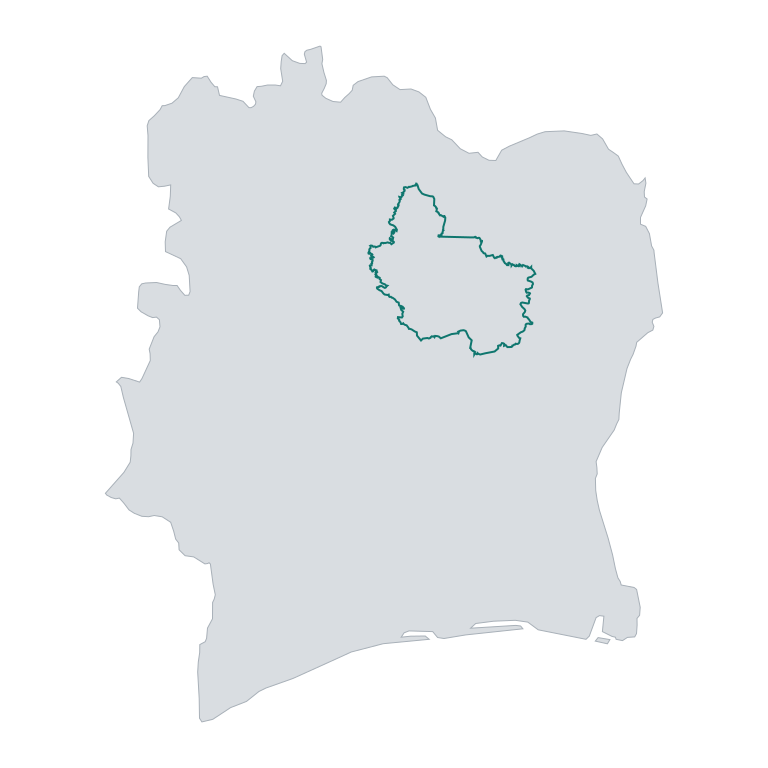 Hambol, Vallée du Bandama, Ivory Coast (highlighted)
{"feature_id": "98640826B80955316471767", "entity_name": "Hambol", "entity_type": "district", "adm_level": 2, "iso_a3": "CIV", "parent_name": "Ivory Coast", "parent_adm1": "Vallée du Bandama", "projection": "natural_earth1", "projection_center": [-4.861, 8.622], "detail": "fine", "context": "in_parent", "style": "outline", "palette": "teal", "viewbox_px": 768, "rotation_deg": 0, "n_neighbors": 0, "source": "geoboundaries", "source_scale": "gbopen_adm2", "svg_char_len": 9663}
<svg xmlns="http://www.w3.org/2000/svg" viewBox="0 0 768 768"><path d="M162.2,105.7L164.9,105.6L172.0,103.2L178.3,97.8L184.3,86.6L192.3,77.6L201.4,78.2L204.0,76.6L207.2,76.2L211.0,82.2L214.8,86.7L217.5,86.8L219.5,95.4L235.9,99.0L243.0,101.3L248.9,107.6L251.0,107.7L253.5,106.4L255.5,104.2L255.9,101.8L253.3,96.2L254.4,91.1L257.1,86.6L261.3,86.3L267.7,85.0L275.1,85.0L280.5,85.8L282.7,81.3L280.7,68.6L281.2,61.6L282.1,55.7L284.2,53.3L292.3,60.7L299.8,63.4L305.1,63.6L306.6,62.2L304.3,54.1L305.0,51.6L306.9,50.2L310.5,49.4L320.0,46.1L321.0,46.7L322.7,59.5L321.9,63.7L323.9,72.4L326.4,80.4L326.2,83.7L324.1,88.7L321.7,93.3L322.0,95.2L325.8,98.3L333.0,101.5L340.6,102.2L344.8,97.5L349.1,93.7L352.2,90.3L353.2,85.3L358.0,81.6L371.6,76.9L384.2,76.2L387.2,77.7L392.8,84.8L400.0,89.6L411.0,89.0L418.9,91.9L425.8,97.3L430.4,109.3L435.4,118.0L437.6,130.3L445.6,136.8L451.8,139.8L460.2,148.7L469.0,153.3L478.0,152.3L482.3,157.0L489.0,160.3L495.8,160.5L501.7,150.2L509.5,146.1L529.4,137.8L537.2,134.1L545.1,131.7L564.2,130.9L582.0,133.5L590.8,135.4L596.9,134.0L602.6,138.9L608.5,149.2L613.4,152.5L618.3,156.1L622.0,164.2L626.3,172.3L628.7,175.9L634.0,183.8L638.6,184.0L643.1,180.5L645.1,177.9L645.9,183.2L644.2,191.7L644.5,197.0L647.1,199.0L645.7,205.8L640.5,217.4L640.5,224.2L645.7,226.4L649.4,233.6L651.6,246.0L653.9,250.2L654.1,252.7L657.9,282.8L662.6,312.9L659.7,316.9L655.6,318.0L652.9,319.4L652.2,322.2L653.9,326.4L652.8,330.1L647.8,332.7L636.7,342.3L636.0,346.1L633.1,354.3L630.6,359.3L627.0,368.5L621.3,392.9L619.2,413.2L618.9,419.4L616.7,423.8L614.2,430.0L602.2,447.4L596.1,461.6L596.9,467.7L597.2,473.9L595.4,478.4L595.7,490.4L597.2,500.4L599.4,510.2L608.1,538.1L612.6,555.0L615.4,568.6L617.9,577.8L620.2,581.5L621.2,585.0L634.1,587.5L636.6,589.5L640.2,607.3L639.6,615.3L637.0,618.4L637.1,625.2L636.5,633.6L634.7,636.9L627.4,637.4L622.5,640.6L616.1,639.3L615.4,637.2L612.0,636.4L602.4,631.6L603.9,616.2L599.5,615.6L596.1,617.6L589.3,636.1L586.0,639.3L538.2,629.8L527.8,622.1L515.3,620.3L493.6,621.2L475.7,623.5L470.6,628.2L515.8,625.4L520.6,626.0L522.9,628.8L465.8,634.9L444.0,638.5L437.6,637.5L432.7,631.6L409.0,630.9L404.1,632.8L401.2,637.2L410.5,636.2L425.2,636.0L429.2,639.3L383.2,643.7L351.2,652.0L337.7,658.2L293.1,678.4L266.0,688.0L258.9,691.5L246.5,701.4L230.6,707.6L212.8,719.3L201.9,721.9L199.5,718.2L199.2,698.5L197.7,672.1L198.3,662.0L199.7,652.5L199.8,644.6L205.2,641.7L206.6,638.3L207.5,628.1L212.5,618.8L212.6,602.5L214.2,599.1L215.3,594.8L213.1,584.1L210.4,564.0L209.0,562.7L207.8,563.5L204.9,563.9L193.7,556.9L185.1,555.7L179.1,549.8L178.7,543.0L175.7,539.1L173.7,531.2L170.7,522.3L162.2,516.8L154.2,515.5L148.6,516.7L141.9,516.3L134.3,513.3L129.0,509.9L124.0,503.3L119.4,498.1L115.7,498.8L111.2,497.5L106.8,495.1L105.4,493.3L123.9,472.4L130.2,462.2L130.9,455.9L131.0,449.6L133.0,443.1L133.6,433.3L123.4,397.5L120.8,386.4L118.1,383.1L116.3,381.9L121.5,377.3L128.6,378.5L139.6,382.1L142.0,378.5L150.3,360.5L150.1,353.7L149.2,349.1L154.1,336.7L158.0,331.9L160.0,326.8L159.4,319.7L156.5,317.1L152.6,317.6L148.1,315.8L141.1,311.8L137.5,308.2L138.7,291.8L139.3,286.8L141.8,283.8L145.7,283.0L156.5,282.5L165.2,284.4L172.9,285.5L177.1,285.5L180.4,290.3L184.8,295.3L188.7,295.2L190.1,291.6L189.2,275.4L186.6,266.9L180.7,258.7L165.5,251.6L165.2,241.8L166.7,231.2L170.0,227.2L181.4,220.4L179.4,216.8L175.8,212.9L168.6,209.0L170.3,196.3L170.7,184.9L164.6,186.2L158.4,186.8L153.1,183.3L148.7,176.4L147.9,157.4L148.0,135.5L147.2,125.8L148.9,120.6L154.3,115.8L160.1,109.6L162.2,105.7ZM609.9,639.6L607.4,643.8L595.3,641.1L598.1,637.6L609.9,639.6Z" fill="#d9dde1" stroke="#a8b0b8" stroke-width="1"/><path d="M397.8,318.4L398.8,319.3L399.3,320.1L399.1,320.7L400.6,322.4L401.1,324.0L402.2,324.0L403.2,323.3L403.6,324.0L405.1,324.9L406.6,325.3L408.5,327.8L408.9,328.9L410.0,328.9L411.6,329.4L414.8,331.5L416.8,332.3L417.0,335.6L421.0,340.5L422.9,338.6L427.4,338.0L428.9,338.5L430.5,337.8L430.8,337.1L431.8,336.3L432.9,336.6L433.7,336.3L434.5,337.2L435.1,335.9L437.6,336.2L438.9,336.6L440.8,338.3L451.5,334.1L458.1,333.2L458.4,333.4L458.8,332.2L458.3,331.6L460.5,330.6L463.4,330.2L464.7,330.5L465.9,331.2L468.7,337.4L471.7,340.3L470.2,347.8L470.6,347.8L471.0,349.2L471.9,350.2L473.0,351.0L473.7,351.1L474.8,351.7L474.3,353.0L474.3,354.4L474.7,353.7L475.6,353.4L476.4,354.2L477.3,354.2L477.8,353.8L477.8,353.3L478.5,353.9L480.2,354.5L485.2,353.3L494.6,351.5L498.2,348.5L498.1,345.8L499.5,345.3L500.2,345.7L500.5,345.6L501.9,343.1L503.0,343.2L504.2,343.8L504.1,345.8L505.7,345.1L507.4,347.1L511.3,347.0L512.2,346.5L512.3,345.6L513.4,345.3L514.0,344.7L515.1,344.5L515.6,343.7L517.0,344.0L518.0,343.8L519.0,343.0L519.4,342.1L519.6,340.6L520.3,338.3L519.1,337.9L517.4,335.6L517.2,334.9L520.8,332.3L522.7,331.6L524.2,330.4L524.5,330.0L524.7,328.4L525.7,326.6L525.6,324.9L525.9,324.3L526.6,323.8L528.1,323.6L529.0,323.6L529.9,324.2L531.8,324.1L532.3,323.7L532.3,322.6L530.6,322.0L528.9,319.3L527.8,318.3L527.6,317.5L525.2,316.6L523.9,316.8L523.2,316.0L523.0,314.8L523.1,314.1L524.9,311.9L525.3,310.5L524.5,309.1L522.1,306.9L520.4,304.2L521.1,302.9L522.3,302.5L527.8,303.5L528.6,303.4L528.9,303.0L529.1,300.5L529.8,299.1L529.8,298.5L527.8,297.6L526.8,296.1L527.3,295.5L529.0,295.1L530.0,293.4L529.7,293.0L527.9,292.5L526.7,292.7L526.1,291.8L525.6,289.7L526.0,289.1L527.9,289.4L531.8,287.6L532.0,287.3L532.1,285.5L532.9,284.3L532.9,283.3L532.5,282.4L530.9,281.5L527.8,280.5L527.6,279.4L527.8,278.2L528.4,277.6L531.5,276.8L533.7,274.7L535.3,273.9L533.7,270.8L531.2,268.4L531.2,266.9L530.2,268.0L528.9,267.6L528.9,268.1L528.5,268.1L528.3,267.7L527.9,267.7L528.0,266.8L527.6,266.5L527.0,266.3L526.0,266.6L525.8,266.2L523.0,265.0L522.1,266.3L521.6,265.6L520.8,265.6L520.5,264.9L519.4,264.2L519.2,264.8L519.4,265.0L519.4,265.8L518.5,265.2L518.0,265.5L518.0,266.0L517.7,265.9L516.5,265.1L516.3,266.2L515.9,266.3L514.8,266.0L513.8,264.9L513.5,265.0L512.4,264.3L511.5,265.6L511.4,264.4L509.0,262.6L508.5,262.9L508.9,263.6L508.2,263.6L508.2,264.4L507.7,264.8L507.9,265.1L507.0,265.1L506.0,263.8L504.8,263.1L504.3,262.0L503.7,261.5L503.4,259.5L502.5,259.5L502.3,258.9L502.7,258.7L502.6,258.1L501.9,257.4L502.2,256.3L501.6,255.8L501.2,255.8L500.9,256.4L500.3,255.7L499.4,256.6L498.7,256.9L497.2,256.9L496.8,257.1L496.6,257.8L495.5,257.7L494.9,258.2L494.1,257.6L492.8,255.0L489.5,255.9L487.5,255.8L486.5,256.5L485.2,253.5L483.6,253.2L483.0,252.2L481.6,250.9L479.9,246.9L479.8,246.1L480.7,244.8L482.0,241.4L482.0,241.1L480.8,241.4L480.6,239.8L479.4,237.9L478.6,237.8L477.5,238.2L475.8,237.6L475.8,237.1L475.2,236.8L473.9,237.4L470.6,237.4L438.6,236.6L438.4,236.4L438.6,235.3L439.5,235.3L439.8,236.2L440.7,235.0L441.5,234.7L441.3,234.3L441.6,233.5L442.6,233.1L442.7,231.2L443.5,230.3L443.0,229.7L443.3,228.7L443.3,226.9L445.1,220.6L445.3,217.7L444.4,216.0L444.1,216.0L443.6,216.8L440.8,215.1L440.1,215.4L439.2,214.3L438.8,213.1L438.3,212.9L438.2,212.3L436.3,211.3L436.8,209.7L436.6,209.0L436.9,208.4L436.0,207.7L435.9,207.0L435.1,206.1L434.0,205.4L434.3,199.0L433.3,196.9L432.7,196.4L430.1,196.2L424.4,194.6L422.0,193.5L418.7,189.0L417.5,185.1L416.8,184.5L416.6,183.7L416.2,183.6L415.6,185.5L414.8,185.3L413.9,185.8L412.7,185.9L412.2,186.3L409.4,187.0L409.0,186.8L407.5,187.8L405.5,187.1L404.0,187.4L403.8,188.3L403.9,189.6L404.7,190.1L404.4,191.3L403.5,191.9L403.2,192.6L402.5,192.8L403.4,193.5L403.4,193.8L402.1,194.3L402.8,195.4L401.8,196.0L401.7,196.8L401.1,197.3L399.4,196.9L399.6,197.5L400.7,199.0L399.4,200.0L399.8,200.9L399.5,202.0L398.0,204.3L398.6,205.0L398.1,205.4L398.3,206.1L398.1,206.7L397.5,207.1L397.4,207.9L396.5,208.4L394.9,207.5L394.5,208.1L396.0,208.7L396.2,209.0L396.0,209.3L394.9,209.5L395.9,210.7L395.9,211.1L394.2,212.5L395.1,213.8L392.9,215.9L393.6,217.8L393.6,218.5L391.8,219.8L389.9,219.5L389.9,221.0L388.9,222.0L389.3,223.2L390.3,224.4L393.4,225.4L395.2,226.8L396.9,229.8L396.6,231.0L394.9,229.8L393.8,229.6L392.8,230.1L392.5,230.7L392.7,230.9L393.5,230.8L394.3,231.7L394.3,232.5L393.5,233.5L392.3,232.1L391.7,232.1L391.6,235.1L391.1,236.2L393.2,237.5L392.7,239.8L389.8,238.3L389.7,239.0L390.9,240.7L393.0,241.2L393.9,242.0L393.8,242.6L391.4,244.2L390.3,242.9L389.1,242.9L387.7,242.4L385.0,243.1L384.1,242.9L383.4,243.3L382.8,242.9L381.7,242.9L381.0,243.4L380.6,245.1L380.0,245.8L375.7,247.3L375.5,246.8L374.7,246.5L373.2,246.8L372.4,245.8L370.9,245.5L370.5,245.7L370.8,245.9L370.5,246.9L370.6,247.9L370.5,248.2L369.7,248.7L369.3,249.5L369.4,250.6L368.4,252.9L368.6,253.6L369.2,253.8L370.1,252.8L371.1,253.8L372.0,254.1L372.2,254.4L371.3,254.8L371.0,255.8L372.6,256.4L373.7,257.3L373.3,257.7L371.6,257.7L370.2,258.2L370.6,259.1L371.7,259.2L372.7,260.0L372.7,260.3L372.3,261.0L372.4,261.6L371.9,262.0L372.1,263.3L371.4,263.7L371.7,264.5L371.6,265.4L370.0,265.4L369.8,265.6L370.1,266.7L370.8,267.9L370.8,268.3L370.3,268.5L370.3,269.0L371.4,269.8L372.4,271.5L373.0,271.3L373.1,270.5L374.2,269.5L374.8,270.1L375.2,269.9L376.6,270.4L376.6,271.1L377.2,272.1L376.8,272.5L375.8,271.8L375.5,272.8L376.2,274.2L375.6,274.6L376.6,275.6L375.9,275.8L375.6,276.4L375.7,276.8L377.6,277.7L378.2,277.6L378.1,277.0L379.7,277.8L379.6,279.0L381.0,280.1L380.5,282.0L382.3,283.4L384.9,284.3L386.0,285.4L387.3,285.7L386.5,286.4L385.9,287.4L384.9,287.9L383.2,287.1L382.7,286.5L381.0,285.9L380.4,286.3L379.4,286.2L379.0,287.0L377.1,287.2L376.9,287.9L377.2,288.6L379.5,290.2L381.6,291.1L383.4,293.5L384.6,294.5L387.5,295.0L388.7,294.6L388.9,296.0L389.5,296.9L390.9,296.8L391.8,297.7L392.5,297.7L394.9,299.4L396.6,301.8L398.7,302.6L399.0,305.1L399.2,305.5L399.9,305.9L400.7,305.8L402.6,306.7L404.0,308.3L403.9,308.7L403.1,308.7L401.5,307.6L400.6,307.8L401.3,310.0L403.2,311.7L402.3,313.8L402.7,316.4L401.9,317.5L398.0,317.1L397.8,318.4Z" fill="none" stroke="#0f766e" stroke-width="2"/></svg>